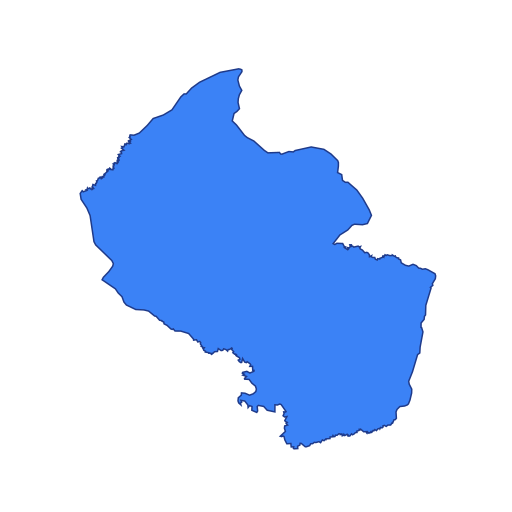 outline of Phanna Nikhom, Sakon Nakhon, Thailand, rotated 105°
{"feature_id": "78962969B32881438495472", "entity_name": "Phanna Nikhom", "entity_type": "district", "adm_level": 2, "iso_a3": "THA", "parent_name": "Thailand", "parent_adm1": "Sakon Nakhon", "projection": "robinson", "projection_center": [103.939, 17.31], "detail": "fine", "context": "isolated", "style": "filled", "palette": "blue", "viewbox_px": 512, "rotation_deg": 105, "n_neighbors": 0, "source": "geoboundaries", "source_scale": "gbopen_adm2", "svg_char_len": 6102}
<svg xmlns="http://www.w3.org/2000/svg" viewBox="0 0 512 512"><g transform="rotate(105 256 256)"><path d="M259.7,79.2L241.7,78.6L241.2,79.4L238.6,77.6L237.1,78.5L231.6,76.9L228.7,77.3L226.8,78.5L224.8,86.4L224.5,89.1L225.7,91.8L225.3,93.9L225.6,95.7L223.8,98.7L223.4,102.2L226.2,105.8L226.3,109.3L225.0,113.9L222.3,115.4L221.9,117.6L221.0,117.8L221.2,119.4L220.6,121.2L219.9,121.5L220.4,122.3L219.7,124.6L220.3,124.5L221.0,126.7L220.9,129.6L221.9,130.5L221.4,131.7L223.2,132.2L223.1,132.7L224.0,132.4L223.6,133.5L224.5,133.4L226.2,135.8L226.9,135.7L227.1,137.8L228.5,137.9L228.2,139.9L226.7,140.9L227.2,142.9L226.9,144.6L225.8,144.5L227.3,146.2L225.5,146.8L224.1,148.5L223.8,149.9L224.7,151.8L222.7,154.8L222.2,157.1L221.3,157.8L219.8,157.5L220.5,158.6L220.0,159.9L222.1,163.9L221.4,165.3L222.2,166.6L220.5,166.8L220.9,168.3L222.4,167.3L224.1,168.2L224.2,169.7L225.3,168.5L226.2,169.0L225.0,172.7L224.1,171.9L223.9,173.3L221.5,175.5L222.8,181.2L224.5,182.8L224.1,184.7L213.9,180.4L207.1,174.1L201.6,171.3L199.8,169.1L198.2,161.2L195.8,156.8L186.9,155.0L182.2,158.5L172.6,167.9L166.2,175.7L161.0,186.3L161.7,188.7L160.6,192.0L155.2,194.3L154.3,198.8L147.8,199.7L144.4,200.6L142.7,201.8L138.1,209.9L135.4,218.0L136.4,230.9L144.0,245.5L145.8,246.9L146.6,251.3L150.9,257.3L151.1,258.6L149.9,260.2L153.3,271.2L151.8,275.4L145.5,287.8L143.9,295.1L142.5,298.3L134.5,308.8L131.7,313.9L124.0,314.1L121.4,311.9L118.0,310.1L112.3,313.1L108.7,313.8L104.6,313.8L99.7,312.6L96.2,316.0L90.7,319.1L87.4,319.3L81.6,317.3L79.9,317.8L79.6,319.1L79.7,321.2L87.9,338.2L102.8,355.5L110.5,361.7L117.5,365.3L118.1,367.5L121.8,369.8L136.6,375.0L143.8,382.0L149.8,390.9L158.0,394.8L167.4,400.5L170.9,405.1L171.6,408.9L173.0,409.0L173.5,408.4L174.4,409.1L175.7,406.6L178.2,409.5L177.3,406.5L178.5,407.8L179.5,406.4L179.9,407.0L179.3,408.0L180.3,407.6L180.5,410.0L182.8,410.3L181.6,410.6L181.6,411.6L184.7,411.8L185.0,414.0L186.0,412.9L186.7,413.8L188.0,410.9L189.4,413.4L190.4,413.9L190.6,412.9L191.9,412.3L193.6,415.2L194.8,413.3L195.3,414.3L196.2,413.8L196.8,415.1L198.3,414.4L197.8,413.8L198.9,413.0L199.9,413.5L199.8,414.3L199.2,414.2L199.5,414.8L200.4,414.7L200.8,413.8L201.6,414.3L201.6,413.6L202.8,414.1L202.3,416.4L203.0,417.1L203.6,416.7L204.1,417.7L204.7,416.7L205.9,416.7L206.2,417.3L208.1,415.9L208.7,416.3L208.1,416.8L209.8,416.6L210.1,419.1L209.4,419.0L209.0,420.1L210.0,420.2L210.2,421.3L211.0,421.1L211.2,422.3L212.2,422.1L211.8,421.2L212.3,421.0L216.2,423.7L216.4,423.0L217.1,423.1L216.9,423.9L219.1,423.5L219.0,424.8L220.3,424.5L221.3,425.4L219.8,426.2L220.3,427.1L220.9,426.7L221.7,428.4L224.1,428.6L224.8,429.5L225.6,428.8L227.2,429.1L227.4,429.7L229.3,429.3L229.1,432.0L231.4,432.0L232.4,430.8L232.4,431.8L233.4,430.9L234.3,431.6L233.7,432.1L234.1,433.3L233.2,434.1L234.6,435.8L234.0,436.4L235.7,436.4L236.0,437.1L236.4,436.3L238.7,439.5L237.9,440.8L241.1,442.0L246.5,439.6L253.5,431.7L259.9,426.7L284.1,416.2L286.8,413.7L297.7,394.1L300.3,391.8L303.0,391.8L309.1,394.1L316.1,397.9L318.8,398.5L324.1,383.3L327.4,379.5L330.0,374.9L334.7,371.6L336.9,368.5L338.8,358.3L337.1,350.3L337.0,345.5L340.2,338.4L340.1,336.8L343.0,332.5L342.8,330.2L343.4,329.9L343.6,328.0L345.3,327.3L346.0,324.0L348.5,319.3L348.6,317.9L347.8,317.1L349.4,314.8L348.0,309.3L348.3,301.0L352.4,294.9L353.4,294.5L352.3,291.8L354.1,290.0L353.1,288.2L354.0,287.0L355.3,287.0L356.7,285.3L357.5,285.5L357.6,284.1L358.6,283.7L358.1,282.3L359.5,282.8L360.6,282.0L361.1,280.1L361.9,280.1L361.6,276.5L362.1,276.4L361.7,275.1L362.5,273.4L362.0,273.1L362.3,272.6L361.4,273.2L360.9,272.2L359.2,271.3L358.2,268.5L355.2,268.5L356.4,265.2L355.7,263.7L354.0,263.2L354.2,260.7L355.2,258.8L353.6,258.7L353.1,257.3L351.1,255.7L351.4,255.1L352.6,255.3L354.2,252.8L355.4,253.3L356.4,251.2L356.0,250.2L356.5,249.5L357.1,250.5L356.8,249.1L357.6,249.0L358.5,245.7L359.9,244.8L361.2,246.2L362.4,244.7L362.9,243.0L362.5,242.3L358.5,242.4L361.4,239.5L361.5,237.7L360.4,237.2L361.6,233.9L362.4,233.0L364.2,233.4L363.5,230.8L367.2,229.6L367.0,228.3L367.9,228.2L370.6,231.6L369.8,235.0L371.8,238.7L372.7,238.9L373.2,236.8L374.5,237.9L374.8,234.0L377.3,235.4L377.9,235.1L377.0,230.7L379.9,227.1L381.8,222.9L384.4,221.2L387.0,221.1L389.8,223.0L392.1,226.2L391.4,231.1L392.0,234.6L394.3,234.2L397.5,236.4L400.6,235.9L402.4,234.7L403.7,232.1L402.1,233.0L400.9,232.0L399.3,233.2L399.0,229.3L402.0,225.3L404.4,224.4L402.2,223.4L402.4,220.9L406.1,220.1L406.9,214.8L405.3,214.3L401.0,215.9L399.7,215.0L399.3,209.6L402.1,205.3L401.7,197.4L394.8,199.2L394.4,196.8L392.8,194.7L393.0,193.2L398.5,186.7L399.0,186.9L399.4,188.9L400.9,188.1L403.3,188.5L404.1,186.7L403.1,184.6L407.5,185.6L408.3,184.7L408.6,182.8L409.8,183.6L411.1,181.7L412.7,184.3L415.0,184.0L417.8,182.2L423.8,185.9L423.8,184.4L422.9,183.3L423.1,182.2L426.1,180.6L429.4,177.6L428.1,173.8L431.3,172.6L430.6,170.2L432.1,170.1L432.4,169.4L431.2,165.8L429.0,166.6L427.3,164.7L425.5,164.9L425.3,163.8L427.5,159.1L427.3,158.1L425.3,155.1L423.2,154.6L422.6,152.7L420.9,151.5L420.7,149.9L419.0,147.1L419.6,145.3L416.5,144.3L416.8,142.5L415.5,141.8L415.3,140.9L414.5,141.1L413.2,137.3L411.6,137.6L411.0,135.5L409.5,135.2L410.5,134.2L409.9,133.0L408.5,132.9L408.2,131.3L406.2,129.9L406.1,128.7L406.7,128.4L405.7,127.1L407.3,126.2L406.5,125.7L406.6,124.9L405.5,124.9L406.4,123.7L404.6,121.9L405.3,121.3L405.1,120.7L406.1,120.4L405.6,118.8L403.1,117.7L403.7,116.5L402.5,115.2L400.9,114.3L400.3,112.8L399.1,113.3L397.9,111.4L396.7,111.4L397.1,110.5L396.2,110.1L397.9,106.5L396.9,103.4L398.0,103.6L398.5,102.9L397.9,102.8L397.9,101.6L397.4,101.9L397.3,100.1L396.1,99.6L396.7,99.3L396.5,98.6L394.2,97.7L394.4,96.9L392.9,96.3L393.5,94.5L391.4,93.5L390.5,91.9L390.9,91.6L389.4,91.3L389.4,89.8L388.2,89.0L387.2,89.4L386.4,88.2L386.9,86.1L385.2,84.9L384.4,82.2L381.8,81.3L382.0,80.8L378.5,80.3L378.0,79.1L376.4,78.4L370.4,80.4L367.7,80.1L364.2,78.1L362.4,73.6L360.7,71.3L359.4,70.5L355.4,70.0L348.1,70.2L344.3,71.1L340.2,74.8L337.5,76.1L327.3,74.9L309.4,74.4L307.3,72.7L301.5,73.9L286.1,75.1L282.3,77.5L282.3,78.1L278.0,79.2L273.7,77.2L270.7,77.7L269.1,77.0L259.7,79.2Z" fill="#3b82f6" stroke="#1e3a8a" stroke-width="1.5"/></g></svg>